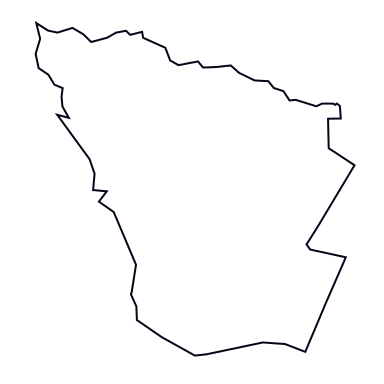 Otsego, New York, United States of America (Equal Earth projection), rotated 92°
{"feature_id": "52423323B75499738856279", "entity_name": "Otsego", "entity_type": "district", "adm_level": 2, "iso_a3": "USA", "parent_name": "United States of America", "parent_adm1": "New York", "projection": "equal_earth", "projection_center": [-75.145, 42.611], "detail": "fine", "context": "isolated", "style": "outline", "palette": "ink", "viewbox_px": 384, "rotation_deg": 92, "n_neighbors": 0, "source": "geoboundaries", "source_scale": "gbopen_adm2", "svg_char_len": 948}
<svg xmlns="http://www.w3.org/2000/svg" viewBox="0 0 384 384"><g transform="rotate(92 192 192)"><path d="M113.4,45.9L100.8,47.2L98.5,50.4L99.9,52.0L98.7,54.2L99.1,65.1L102.0,70.7L96.3,91.6L97.1,97.7L88.0,104.2L85.2,113.9L78.6,119.6L78.3,133.4L71.3,149.1L64.2,157.6L66.3,172.6L67.2,185.3L61.3,190.6L65.7,209.9L61.3,218.4L48.8,223.7L39.6,246.2L33.7,247.5L37.1,259.3L33.2,263.6L35.4,273.5L40.8,282.2L45.6,298.0L38.1,306.2L32.2,317.2L37.4,332.1L35.7,341.5L28.6,353.5L44.3,349.1L59.4,353.1L73.6,349.6L79.7,339.7L89.6,333.2L92.7,324.9L101.2,325.7L111.0,324.5L122.2,317.7L119.5,329.4L162.8,295.5L177.1,290.0L193.5,290.9L194.3,277.2L204.9,284.7L214.8,269.5L266.7,245.4L294.3,248.8L296.3,249.5L308.3,243.6L321.9,242.6L338.1,217.2L355.4,183.4L353.7,171.9L339.9,116.0L340.7,93.7L347.8,73.2L305.0,56.9L299.9,55.0L251.9,36.0L245.4,71.9L240.4,75.7L220.4,64.1L159.6,30.5L143.5,56.9L114.0,58.6L113.4,45.9Z" fill="none" stroke="#020617" stroke-width="2"/></g></svg>